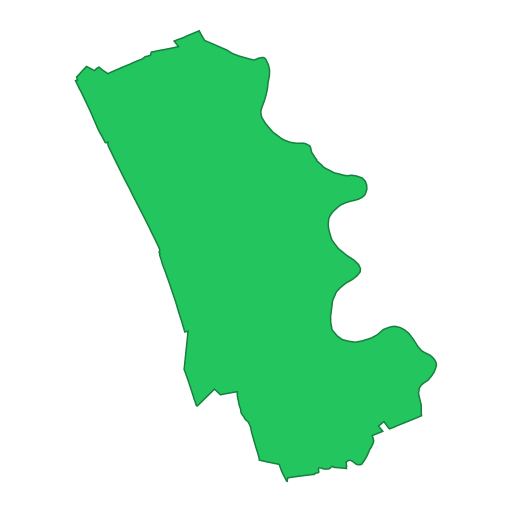 Tamaseni, Neamt, Romania
{"feature_id": "2599482B76925669671751", "entity_name": "Tamaseni", "entity_type": "district", "adm_level": 2, "iso_a3": "ROU", "parent_name": "Romania", "parent_adm1": "Neamt", "projection": "albers", "projection_center": [26.944, 47.0], "detail": "fine", "context": "isolated", "style": "filled", "palette": "green", "viewbox_px": 512, "rotation_deg": 0, "n_neighbors": 0, "source": "geoboundaries", "source_scale": "gbopen_adm2", "svg_char_len": 5311}
<svg xmlns="http://www.w3.org/2000/svg" viewBox="0 0 512 512"><path d="M419.1,389.9L419.4,388.0L421.2,385.2L423.9,382.9L428.2,380.1L431.7,375.8L434.2,372.0L435.9,367.4L436.5,364.5L435.7,361.7L434.2,359.2L432.8,357.6L430.1,355.2L424.7,352.6L421.6,350.7L417.9,346.5L413.4,339.4L408.8,333.3L404.6,329.9L400.1,327.5L394.9,326.3L391.9,326.6L388.9,327.4L383.3,329.5L377.7,334.5L371.1,338.1L362.9,340.7L355.6,342.2L348.5,341.2L342.3,339.6L337.3,336.0L332.1,329.9L330.7,322.2L330.6,316.1L331.7,307.9L332.6,300.7L334.6,296.0L336.5,291.7L340.3,287.7L345.9,283.1L352.2,279.6L357.1,275.7L360.1,272.0L360.5,268.8L358.7,264.7L354.1,260.2L346.5,255.2L338.4,248.6L334.3,243.3L331.7,239.6L329.8,233.3L328.7,229.1L328.2,224.9L328.5,221.4L328.7,219.5L329.1,217.7L330.1,215.7L331.7,213.3L333.6,211.0L338.7,206.4L341.7,204.5L346.0,202.6L350.7,201.2L354.3,200.4L358.3,199.3L361.7,197.6L363.7,196.1L365.1,194.4L365.9,192.4L366.9,189.2L366.6,184.7L365.2,181.1L362.1,177.9L357.0,176.2L356.2,175.9L355.9,175.9L351.5,175.2L347.0,175.8L342.8,175.0L339.0,173.9L338.2,173.8L334.3,172.8L324.7,167.9L324.3,167.5L323.4,167.3L322.3,165.7L316.8,160.7L316.6,159.5L315.0,157.6L313.9,155.7L312.1,153.1L311.2,150.9L310.9,148.6L310.3,146.8L309.6,145.7L307.4,144.6L306.1,143.9L304.2,143.3L303.1,143.2L296.8,143.3L294.6,143.0L289.9,142.2L284.4,140.1L281.3,138.4L273.0,132.2L269.0,127.7L265.6,123.6L261.8,117.5L261.1,114.7L260.8,112.3L260.9,110.8L262.0,107.1L264.4,100.7L266.1,94.8L267.3,89.4L268.2,81.8L269.4,75.9L269.5,73.2L269.5,69.4L268.5,65.3L267.8,63.4L266.9,61.6L265.9,59.6L265.0,58.4L264.1,57.8L263.0,57.5L262.3,57.5L258.2,58.3L256.3,59.2L254.0,60.0L249.5,59.0L238.6,55.9L236.0,54.9L233.4,53.9L231.0,52.7L227.0,50.1L206.2,41.1L204.5,40.3L204.1,39.6L203.7,38.7L203.0,37.7L202.6,37.1L202.1,36.1L201.8,35.6L201.5,35.2L201.0,34.2L200.3,32.9L199.1,30.7L198.3,31.1L197.2,31.6L193.6,33.1L191.3,34.1L188.7,35.1L186.7,36.0L185.4,36.6L183.9,37.4L183.1,37.7L182.3,38.0L181.5,38.3L179.9,38.9L178.0,39.5L177.0,39.9L176.3,40.2L176.0,40.3L174.7,40.8L174.3,41.0L174.1,41.1L176.9,44.6L178.5,46.6L178.3,46.7L178.0,46.7L172.8,47.9L172.5,47.9L168.7,48.7L166.5,49.1L164.7,49.5L162.8,49.8L160.0,50.3L156.8,51.0L155.3,51.3L153.6,51.7L152.3,51.9L151.4,52.0L150.4,55.2L147.8,56.1L146.6,56.3L145.0,56.8L144.0,57.6L143.0,58.3L142.7,58.8L140.0,59.9L137.4,60.8L137.1,60.9L137.0,61.0L134.1,62.2L132.1,63.1L131.9,63.2L130.3,64.0L124.1,66.5L120.8,67.9L118.9,68.8L117.5,69.3L116.7,69.7L116.0,70.0L115.5,70.2L114.8,70.6L114.4,70.7L112.3,71.6L110.1,72.6L108.5,73.4L107.7,73.8L107.3,73.2L102.7,70.2L99.0,67.1L96.8,68.3L94.4,70.6L86.5,66.4L82.3,70.8L81.5,71.7L80.9,72.4L78.5,75.0L77.8,75.8L77.2,76.5L76.6,76.9L77.5,80.1L76.0,80.4L75.5,80.6L79.6,89.2L80.8,91.2L88.0,106.3L91.1,113.0L94.4,120.7L97.6,128.1L98.7,130.5L101.3,135.2L102.0,136.4L105.2,142.5L105.6,142.7L106.0,142.8L106.5,142.8L107.0,142.6L107.4,142.2L107.8,142.0L108.0,142.5L108.0,145.3L109.5,148.5L114.8,159.5L123.6,177.3L127.1,184.0L127.4,184.6L129.6,188.7L131.7,193.1L134.4,198.5L135.4,200.3L136.8,203.1L139.8,208.9L142.2,213.6L145.0,219.1L148.1,225.3L149.8,228.6L150.6,230.4L151.3,232.0L153.9,237.1L155.4,240.2L157.5,244.5L159.2,248.2L159.6,249.5L159.8,250.0L159.8,250.4L159.7,250.4L159.2,251.9L159.1,252.3L159.2,252.6L159.3,252.8L159.8,253.0L159.9,253.4L159.6,254.5L159.7,255.2L161.3,260.2L162.6,264.7L163.4,266.8L165.3,271.7L166.7,275.7L168.0,279.3L169.5,283.7L170.0,284.8L170.4,286.3L170.9,287.9L175.2,300.3L179.0,313.1L181.4,320.4L184.8,332.0L188.0,331.3L188.0,331.6L187.5,336.7L185.4,357.1L184.3,367.6L184.1,369.3L185.7,373.5L188.7,382.1L192.7,394.5L194.3,399.6L194.7,400.4L195.1,401.6L195.4,402.7L195.9,404.3L196.3,405.4L197.0,405.9L197.3,406.0L207.5,396.0L212.7,390.9L214.5,389.1L220.4,394.8L226.9,393.5L233.2,392.4L237.2,391.7L237.3,395.8L237.9,398.8L238.4,400.9L238.7,402.6L239.1,404.8L239.9,407.3L240.6,409.2L240.8,411.2L241.2,413.1L241.8,414.0L242.7,415.4L243.7,416.6L244.2,417.6L244.9,418.8L245.4,419.5L246.0,420.1L247.0,420.9L248.3,422.1L250.4,426.5L251.6,432.2L252.4,435.2L255.7,446.7L257.8,453.3L259.2,458.5L259.3,460.1L265.2,461.5L279.2,464.4L281.8,471.7L286.6,481.1L287.2,481.3L287.8,477.8L297.8,476.4L310.3,474.8L314.3,474.4L314.5,474.3L314.8,473.9L315.1,473.4L315.5,473.2L316.1,473.1L317.6,472.8L318.5,472.6L318.7,472.4L318.8,471.8L318.5,468.9L318.5,468.3L318.8,467.9L319.2,467.8L320.0,467.8L320.9,468.0L322.0,468.4L323.1,468.8L323.8,468.9L325.6,469.1L326.7,469.1L327.7,468.9L328.6,468.9L329.1,468.8L329.7,468.5L330.6,467.7L331.3,467.0L331.9,466.6L332.2,466.5L332.6,466.6L333.5,467.1L334.3,467.4L335.2,467.5L336.9,467.6L339.1,467.8L342.7,468.1L345.5,468.4L346.4,468.6L346.2,467.0L346.7,466.7L346.0,462.2L346.6,461.9L347.5,461.0L348.7,460.4L350.5,460.4L352.5,461.3L354.9,463.2L356.4,464.3L357.7,464.7L359.1,464.7L360.0,464.7L360.7,464.6L361.3,464.4L361.9,464.0L362.8,462.7L363.3,461.9L364.4,460.4L365.5,458.6L367.1,455.7L368.0,453.7L368.5,452.5L369.1,451.0L369.5,450.1L370.2,448.8L371.2,447.5L371.8,446.1L372.5,444.6L373.1,443.3L373.5,441.9L373.7,440.2L373.2,439.1L373.3,438.7L373.1,438.0L372.5,436.6L372.4,435.5L382.1,431.6L382.8,431.3L381.6,429.8L378.5,426.1L383.9,421.6L388.1,427.3L389.4,428.9L390.3,428.6L394.8,426.9L396.2,426.1L398.7,425.1L406.1,422.1L413.3,419.2L421.6,415.7L421.3,413.9L421.2,405.0L420.0,400.0L418.5,393.4L419.1,389.9Z" fill="#22c55e" stroke="#15803d" stroke-width="1.5"/></svg>